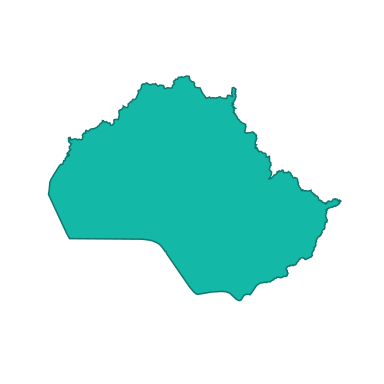 the district of Nyamasheke, Western, Rwanda, rotated 245°
{"feature_id": "39286606B22601397790462", "entity_name": "Nyamasheke", "entity_type": "district", "adm_level": 2, "iso_a3": "RWA", "parent_name": "Rwanda", "parent_adm1": "Western", "projection": "albers", "projection_center": [29.106, -2.358], "detail": "fine", "context": "isolated", "style": "filled", "palette": "teal", "viewbox_px": 384, "rotation_deg": 245, "n_neighbors": 0, "source": "geoboundaries", "source_scale": "gbopen_adm2", "svg_char_len": 6057}
<svg xmlns="http://www.w3.org/2000/svg" viewBox="0 0 384 384"><g transform="rotate(245 192 192)"><path d="M298.7,171.3L296.7,170.5L295.9,169.1L296.9,167.4L299.0,166.1L297.6,165.6L297.4,164.4L296.8,163.9L296.5,162.6L296.9,161.7L296.3,160.8L296.4,160.0L292.6,158.7L288.9,155.9L290.3,153.1L290.3,151.7L287.4,150.5L287.3,149.7L286.6,149.1L286.4,147.5L286.9,146.4L289.1,146.8L289.6,146.3L289.9,145.0L291.9,144.2L291.7,143.5L292.7,142.2L293.2,141.8L294.0,141.9L294.6,141.0L293.2,140.3L292.7,137.6L291.5,135.9L291.4,134.2L290.8,133.5L290.8,130.2L291.7,127.3L291.7,125.9L290.8,124.1L290.9,123.6L292.6,122.2L292.5,121.8L292.1,121.1L290.3,120.7L290.4,119.7L291.1,119.1L290.5,118.3L290.5,117.3L289.6,116.6L288.7,116.7L287.0,115.5L286.0,114.1L286.4,113.1L287.6,112.0L287.5,110.4L289.0,109.6L289.9,107.5L290.3,104.5L290.7,104.3L292.9,104.7L293.3,103.4L293.0,102.7L292.2,102.6L291.8,103.2L291.8,102.5L291.1,102.5L290.8,101.8L289.5,101.6L289.5,102.0L287.6,102.3L286.5,103.2L286.3,102.4L285.3,101.6L284.9,99.9L282.9,99.3L281.9,100.0L281.3,99.6L281.3,98.2L280.6,98.0L280.3,96.1L279.5,94.9L278.8,94.9L279.0,95.7L278.6,96.0L278.1,95.7L278.2,96.3L277.6,96.5L276.7,95.6L276.6,94.7L277.3,94.2L277.4,93.5L276.7,93.0L275.9,91.2L274.6,90.8L274.3,89.7L274.6,89.1L271.7,86.5L272.5,84.7L271.5,82.4L263.1,69.6L260.8,67.2L253.8,63.2L250.5,60.9L207.4,60.9L201.5,61.3L170.5,126.5L167.0,132.2L164.7,135.3L161.3,138.4L158.5,140.3L155.3,141.5L149.2,142.6L148.6,143.3L146.7,143.0L144.3,143.4L106.8,149.7L100.3,151.5L98.2,152.5L96.8,153.9L93.2,167.1L89.6,176.4L87.2,180.7L84.2,183.6L76.0,186.8L73.7,188.7L73.3,189.8L73.6,191.2L76.1,195.0L76.5,197.1L75.5,199.9L74.0,201.5L74.3,201.4L80.0,211.1L80.7,215.1L79.1,220.5L78.4,221.4L78.7,222.5L77.5,225.2L78.1,226.6L78.0,229.0L78.7,230.2L78.3,231.7L78.7,232.7L78.6,233.8L77.1,235.8L76.5,237.4L76.7,239.7L75.7,242.0L76.3,243.2L77.1,243.6L77.7,244.7L79.2,244.5L80.5,245.2L81.6,244.7L82.9,244.9L83.1,245.8L83.9,246.6L84.2,247.8L83.6,249.1L84.1,249.6L83.0,252.0L83.3,252.3L82.4,253.0L82.6,253.5L82.3,254.9L82.9,256.5L83.6,256.7L84.6,259.6L85.5,260.3L85.5,261.5L86.2,262.5L86.0,263.9L85.3,264.8L84.2,265.8L83.4,265.8L82.8,266.3L82.8,269.3L83.2,270.0L82.9,270.5L82.9,273.0L83.3,273.2L83.6,274.3L85.0,274.4L86.2,275.2L88.2,278.4L90.0,279.0L90.4,280.7L91.0,280.9L91.1,281.5L94.0,282.8L94.5,283.9L95.4,284.0L96.0,284.5L98.1,287.6L97.8,288.9L98.3,289.4L98.4,290.4L99.1,290.8L99.3,291.7L99.9,292.0L100.3,292.8L101.0,292.8L102.0,293.8L102.6,295.1L102.4,296.2L102.8,296.8L104.2,297.7L105.4,297.8L106.2,298.9L108.0,299.7L108.3,300.1L107.7,301.1L108.3,302.1L109.9,302.8L110.5,302.4L111.8,302.8L114.0,303.0L116.7,305.5L119.0,305.9L118.6,306.6L119.2,306.5L119.6,307.0L119.4,308.5L119.8,308.9L119.4,309.8L119.5,311.2L118.8,313.2L119.3,314.9L118.4,315.9L118.7,316.5L118.5,317.0L118.8,318.9L119.2,319.2L119.1,320.3L119.7,320.6L119.5,321.0L120.1,321.3L120.1,321.6L120.7,321.8L120.7,322.9L121.2,323.1L121.7,322.6L121.6,321.6L122.5,321.8L122.3,320.6L124.2,320.3L124.3,319.3L124.9,319.4L125.4,318.9L125.2,318.1L125.8,316.9L124.6,315.4L124.6,314.1L124.8,313.4L126.0,312.3L126.1,311.3L125.7,311.1L125.8,310.3L125.1,309.0L124.7,309.0L124.6,308.2L125.4,308.3L125.4,307.6L126.4,307.3L127.5,305.8L129.1,305.8L129.5,305.0L130.5,304.7L130.9,303.5L133.8,304.1L135.3,303.6L136.8,301.9L137.5,302.3L138.1,302.2L139.1,301.0L140.3,301.0L141.7,300.1L143.2,300.5L142.9,299.7L143.6,299.2L143.6,297.4L145.0,296.1L145.5,294.4L147.2,293.3L146.5,292.5L147.5,291.7L149.2,292.1L151.8,291.2L152.6,291.6L154.3,291.3L155.4,292.4L156.5,292.1L158.3,292.8L159.9,292.9L161.7,291.4L161.7,290.1L162.8,289.5L164.0,289.6L165.9,289.2L167.2,289.5L169.0,288.5L169.1,287.4L169.5,287.5L169.1,286.8L170.2,284.9L170.4,283.6L172.1,283.4L172.5,283.8L173.5,283.5L173.8,282.6L173.2,281.1L173.7,280.2L174.4,279.9L173.9,279.2L174.3,277.6L173.3,277.2L172.5,275.8L172.5,273.2L171.5,271.5L170.9,269.5L171.4,266.6L172.1,268.9L174.3,271.2L176.5,272.6L179.6,271.5L182.1,273.5L183.0,275.1L184.1,275.2L185.3,275.8L186.9,275.2L191.6,277.3L191.8,276.7L191.4,275.3L191.9,275.1L192.4,273.9L193.4,274.6L195.7,275.0L196.6,274.0L196.9,273.1L199.3,271.8L199.9,271.1L200.1,270.1L200.8,269.9L200.7,269.3L202.3,269.3L202.6,269.6L203.0,269.3L204.0,269.8L204.6,269.4L204.4,268.7L204.7,268.2L205.0,268.7L205.8,268.1L206.2,269.1L207.0,269.3L207.6,270.3L208.2,269.3L210.3,270.2L211.8,272.1L212.2,272.0L212.9,272.7L213.1,273.3L213.8,273.1L214.5,273.6L215.5,273.5L215.8,274.2L216.5,274.4L217.4,273.7L219.0,273.5L219.4,272.8L220.5,272.7L221.0,271.9L220.8,270.7L222.1,267.8L221.8,267.1L223.6,265.1L224.8,265.3L225.3,266.3L227.6,267.6L228.4,268.6L229.7,268.4L229.9,268.8L230.3,268.7L230.7,269.1L231.2,268.4L231.7,268.3L233.3,266.7L236.5,265.2L237.4,265.3L239.7,264.1L240.7,264.6L243.5,264.1L244.2,264.4L244.6,263.5L245.8,263.9L246.8,263.2L247.6,264.5L248.2,264.1L248.8,264.9L249.6,265.0L249.4,266.7L250.7,265.9L251.2,265.0L251.9,266.0L253.7,264.9L254.0,266.7L255.4,266.1L255.2,267.2L256.4,267.9L256.9,269.3L259.8,272.1L260.7,272.2L261.7,272.9L263.0,272.5L264.0,273.8L265.0,273.7L265.9,274.9L266.5,275.3L267.0,275.1L269.0,274.0L269.3,272.5L264.7,269.7L261.5,269.1L263.9,266.6L264.5,265.0L262.1,263.1L264.0,259.4L265.1,258.2L266.3,257.8L266.7,256.8L266.5,254.9L267.0,254.1L266.9,253.3L268.4,251.4L269.4,248.5L270.7,248.0L270.6,245.7L271.2,245.0L271.2,244.2L273.0,244.2L277.5,243.2L282.9,243.3L285.4,239.3L287.9,239.3L289.6,240.3L291.2,239.8L292.3,238.3L294.3,237.6L296.0,237.6L296.9,238.2L298.0,238.3L299.1,236.8L299.5,235.5L299.5,232.5L300.9,231.4L301.2,231.6L300.5,230.7L301.7,228.2L300.3,226.5L301.1,225.0L301.0,224.4L300.3,224.1L300.3,222.5L299.5,221.7L297.6,221.9L296.8,219.4L294.9,218.1L294.8,217.4L297.0,213.5L296.7,212.3L297.5,210.9L298.3,210.5L298.9,211.1L300.5,211.2L302.5,208.1L302.2,206.6L302.4,205.7L305.7,204.8L305.4,204.0L306.5,202.0L306.6,200.0L307.5,198.6L310.1,197.0L309.8,194.7L310.7,193.4L310.1,191.4L308.0,190.2L306.9,189.0L306.5,187.8L306.7,186.1L306.3,185.7L305.1,185.8L304.4,185.3L300.4,180.8L300.0,179.0L301.0,177.5L299.4,175.3L299.7,174.2L299.1,173.1L298.7,171.3Z" fill="#14b8a6" stroke="#0f766e" stroke-width="1.5"/></g></svg>